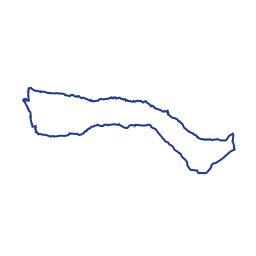 Polovragi, Gorj, Romania, rotated 106°
{"feature_id": "2599482B25892022881740", "entity_name": "Polovragi", "entity_type": "district", "adm_level": 2, "iso_a3": "ROU", "parent_name": "Romania", "parent_adm1": "Gorj", "projection": "albers", "projection_center": [23.807, 45.24], "detail": "fine", "context": "isolated", "style": "outline", "palette": "blue", "viewbox_px": 256, "rotation_deg": 106, "n_neighbors": 0, "source": "geoboundaries", "source_scale": "gbopen_adm2", "svg_char_len": 5970}
<svg xmlns="http://www.w3.org/2000/svg" viewBox="0 0 256 256"><g transform="rotate(106 128 128)"><path d="M129.5,236.4L129.8,236.2L130.3,236.2L130.4,235.7L130.7,235.9L130.9,235.7L130.8,235.4L131.1,235.1L131.0,234.3L131.1,233.9L132.2,233.8L137.0,229.1L137.2,229.4L138.8,228.0L139.5,226.3L143.9,224.5L144.2,225.0L150.2,222.0L150.4,221.9L150.3,221.6L153.1,220.1L151.7,217.4L152.4,217.4L153.1,216.6L154.6,217.0L154.8,216.6L154.8,216.4L155.3,216.2L155.6,215.7L156.3,215.2L156.7,215.2L157.3,215.5L157.6,214.6L157.5,214.2L157.5,213.8L158.2,213.0L158.3,212.5L158.7,212.4L158.1,211.0L157.9,209.3L158.0,208.0L157.3,205.2L157.3,203.6L157.5,202.9L157.4,201.2L157.6,199.8L156.7,198.8L156.4,197.6L156.6,196.7L156.3,196.2L155.9,194.7L154.8,192.6L154.7,192.0L153.9,190.6L153.6,189.4L153.5,188.0L152.2,184.8L151.3,183.6L150.5,183.2L150.2,182.7L149.4,182.8L149.2,182.7L149.2,181.2L149.0,180.9L148.5,179.3L148.5,178.3L148.3,177.1L147.8,175.8L147.6,175.4L147.7,174.8L148.2,173.5L148.2,173.1L147.5,171.8L146.7,170.6L146.2,170.3L145.3,169.2L144.6,168.9L143.4,168.8L142.9,168.2L142.7,167.3L142.4,167.0L141.2,167.0L140.8,166.5L140.2,166.0L139.5,165.9L139.3,165.7L139.2,164.8L139.0,164.5L136.8,163.5L136.5,163.0L136.3,161.7L135.7,161.1L134.9,160.8L134.5,159.5L134.0,158.8L133.2,158.4L133.1,158.1L133.6,157.3L133.4,156.1L133.6,154.8L132.9,152.5L132.3,152.0L131.5,151.7L131.1,151.0L130.7,149.7L130.7,149.3L131.1,148.8L131.1,148.6L129.9,146.5L129.8,145.7L129.3,144.7L128.7,143.8L128.6,142.9L127.9,141.3L128.0,140.0L127.8,138.7L126.9,137.6L127.4,137.2L127.6,135.9L128.5,131.8L128.6,130.9L128.6,129.9L128.2,129.2L128.2,128.8L128.1,128.6L127.3,128.1L126.1,127.7L125.4,127.1L124.7,126.5L124.2,125.5L123.9,123.3L123.6,122.4L123.3,122.1L123.5,122.0L123.1,121.9L123.1,121.3L122.4,120.3L122.4,118.5L122.1,117.8L122.0,117.0L122.1,116.5L121.5,114.8L121.4,113.5L120.8,112.4L120.7,111.7L119.2,109.5L119.1,109.1L119.2,108.7L119.0,107.7L119.6,106.6L120.3,106.4L120.6,105.8L121.1,104.6L121.4,101.2L122.4,100.1L123.1,99.0L124.1,98.0L127.5,92.8L128.4,91.7L129.2,90.2L130.0,89.5L130.3,89.0L130.7,88.0L130.6,86.9L130.7,86.3L131.1,85.3L132.4,83.6L132.8,82.2L132.9,81.1L133.9,79.3L135.5,77.9L136.4,76.8L136.8,74.6L137.9,72.2L138.0,71.1L138.2,70.7L138.8,69.9L140.6,68.4L141.5,67.0L142.5,64.5L144.2,62.1L145.2,61.5L147.4,60.8L150.2,57.5L151.0,56.3L150.4,53.7L150.3,51.6L149.7,50.0L150.6,49.4L151.8,48.0L151.6,47.8L151.7,47.0L151.3,46.1L151.1,45.0L150.5,43.8L150.6,42.7L150.4,41.8L148.9,39.8L142.9,37.2L141.5,37.6L140.5,37.5L139.1,36.5L138.5,36.3L137.6,34.2L135.8,32.4L134.9,31.9L133.3,30.3L131.1,28.7L130.7,28.2L127.2,26.3L126.5,25.6L124.3,24.3L122.0,22.7L119.3,19.6L118.8,19.8L117.7,20.9L115.6,21.3L113.7,22.5L112.6,23.4L112.2,24.0L110.8,23.8L108.8,24.4L106.4,24.5L104.6,25.7L107.6,28.5L108.6,29.0L109.6,29.2L112.2,30.2L112.9,30.6L113.0,30.8L113.5,32.2L113.7,33.4L114.3,34.9L114.4,36.3L114.1,37.1L114.3,37.8L114.1,38.2L114.1,39.2L114.5,39.6L114.6,40.3L115.0,40.8L115.5,42.2L116.2,43.1L116.4,43.6L116.5,44.4L116.1,45.7L116.6,46.3L116.6,46.7L116.9,46.9L116.8,47.7L117.0,48.2L117.0,48.5L117.6,49.3L117.5,50.0L117.9,50.3L117.9,51.2L118.3,51.8L118.0,52.4L118.5,54.2L118.5,56.4L118.1,57.4L117.7,57.7L117.5,58.3L117.9,58.7L117.8,59.0L117.0,59.5L116.7,60.2L116.2,60.8L116.0,61.4L116.2,63.0L115.5,63.7L115.3,64.7L115.1,65.2L115.2,66.3L114.6,67.5L114.8,68.5L114.0,69.9L113.5,71.3L112.5,73.1L112.5,73.8L111.6,74.8L110.3,75.8L109.9,76.4L109.2,76.8L109.0,77.1L108.8,77.5L108.6,78.7L108.1,79.1L107.8,79.7L107.3,80.1L107.6,80.7L107.6,81.2L107.5,81.6L106.1,82.9L105.9,84.1L106.0,84.6L105.7,85.3L105.7,86.5L105.9,87.0L105.8,88.5L105.3,89.8L104.7,91.0L104.6,91.4L104.2,91.8L104.0,93.3L103.5,93.4L102.6,93.3L102.3,93.6L102.3,94.2L102.2,94.4L101.6,94.5L100.9,94.3L100.4,94.7L100.5,95.1L101.4,95.7L101.7,96.2L101.7,97.7L101.9,97.9L102.3,98.0L102.6,98.4L102.5,99.1L102.6,99.8L101.8,101.0L101.8,103.1L101.5,104.0L101.8,104.6L101.8,105.7L101.5,107.0L101.6,107.9L100.7,108.5L100.5,109.4L100.0,110.0L100.0,111.4L100.8,111.7L100.9,111.9L100.3,112.9L99.8,113.2L99.2,114.0L98.8,116.0L98.0,117.4L97.5,117.7L97.3,118.1L97.7,119.0L98.5,119.5L99.4,120.5L99.0,121.1L99.1,121.7L98.8,122.1L98.5,122.6L98.7,124.4L99.2,125.0L99.2,126.4L99.5,127.0L100.9,128.7L100.9,128.9L100.4,129.4L100.4,129.6L100.8,129.8L101.0,130.4L101.3,130.7L101.6,131.0L101.4,131.6L101.6,132.3L101.4,132.8L102.0,134.7L102.0,135.5L101.6,135.9L101.5,136.3L102.4,137.6L102.0,137.9L101.3,138.1L101.1,138.4L101.2,139.4L101.9,139.9L101.5,141.7L101.9,143.0L101.8,143.3L101.3,143.7L101.1,144.4L101.2,144.7L101.5,145.0L102.2,146.4L103.0,147.4L102.7,147.7L102.1,148.0L102.0,148.3L102.4,149.1L102.4,149.9L102.7,150.1L103.4,150.1L103.7,150.5L103.6,151.4L103.0,152.2L103.1,152.5L104.1,152.9L104.3,153.3L104.2,154.1L105.0,154.6L105.6,155.6L105.9,156.9L106.8,158.4L106.9,159.0L107.4,159.8L107.5,160.7L107.2,161.3L107.4,161.7L108.4,163.5L109.9,164.1L110.0,164.7L111.2,167.2L111.4,168.2L112.0,168.5L111.9,169.6L112.2,170.1L112.1,170.5L111.3,171.3L111.3,171.5L112.1,171.8L112.3,172.2L112.3,172.5L111.9,173.4L111.5,175.9L111.5,177.0L111.3,177.7L111.5,178.4L111.2,179.7L111.5,180.2L112.0,180.6L112.1,181.1L111.7,182.6L111.3,183.5L110.9,183.9L110.9,184.3L111.0,184.7L111.5,184.9L112.2,185.8L111.9,186.7L112.0,187.1L112.2,187.5L112.1,188.4L111.4,190.2L111.8,190.9L111.8,191.4L112.1,192.0L113.2,192.6L113.6,193.4L113.4,195.1L113.5,196.2L113.8,196.7L113.8,197.2L113.7,197.7L113.0,198.2L113.1,199.8L113.0,200.7L113.3,201.5L113.3,202.0L113.5,202.6L113.9,203.5L113.9,204.7L114.3,206.7L114.8,207.4L115.6,211.0L116.0,211.8L115.9,212.8L116.2,213.3L116.2,214.3L116.5,215.7L116.2,218.0L116.7,220.3L116.9,221.9L117.4,221.8L117.5,222.7L117.3,225.2L117.8,227.8L117.6,228.2L117.7,228.4L117.2,230.3L116.8,231.2L116.5,232.1L116.2,232.3L117.2,234.4L118.4,234.3L118.7,233.9L119.7,233.7L121.2,234.1L121.5,233.6L121.8,233.5L123.2,233.0L124.2,233.0L125.0,232.5L127.9,231.5L128.9,230.8L129.4,231.8L129.3,232.0L129.2,232.8L128.4,233.8L128.4,234.3L128.3,234.7L129.5,236.4Z" fill="none" stroke="#1e3a8a" stroke-width="2"/></g></svg>